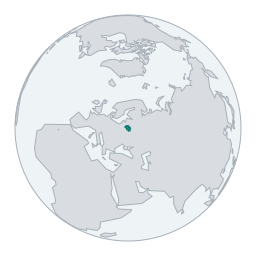 Vitebsk highlighted on a globe, orthographic projection, rotated 28°
{"feature_id": "BLR-2341", "entity_name": "Vitebsk", "entity_type": "Region", "adm_level": 1, "iso_a3": "BLR", "parent_name": "Belarus", "parent_adm1": "", "projection": "orthographic", "projection_center": [28.969, 55.191], "detail": "fine", "context": "on_globe", "style": "filled", "palette": "teal", "viewbox_px": 256, "rotation_deg": 28, "n_neighbors": 0, "source": "natural_earth", "source_scale": "10m", "svg_char_len": 11588}
<svg xmlns="http://www.w3.org/2000/svg" viewBox="0 0 256 256"><g transform="rotate(28 128 128)"><circle cx="128" cy="128" r="113" fill="#eef3f6" stroke="#a8b0b8"/><path d="M63.8,35.5L71.4,30.7L66.6,33.5L69.6,31.7L75.6,28.5L81.1,25.8L89.5,23.4L94.7,24.8L91.5,25.5L93.1,26.0L97.2,25.2L99.5,24.6L110.7,26.7L124.3,26.9L128.7,25.4L127.6,27.2L136.1,23.4L143.6,23.4L135.0,24.5L134.1,25.4L139.1,25.9L139.2,27.0L141.7,27.9L141.4,29.3L136.4,30.0L136.1,31.0L139.7,31.3L141.6,33.0L136.4,32.4L139.3,35.4L131.5,37.6L117.8,35.8L113.4,38.9L98.9,42.3L100.1,43.4L95.4,45.7L95.0,48.0L92.4,48.2L94.3,49.9L96.7,49.3L98.4,49.9L98.4,51.2L95.1,51.6L94.6,51.0L93.7,51.8L92.0,51.5L92.8,52.4L88.9,52.8L92.7,54.4L89.5,56.5L86.9,56.3L87.3,53.6L82.2,47.2L79.6,46.5L75.7,47.9L68.0,56.1L65.2,56.6L61.2,59.1L62.7,60.0L66.3,58.3L68.1,60.7L72.4,58.6L73.7,59.4L78.0,58.4L77.2,61.5L74.1,65.1L70.5,66.1L69.1,67.7L72.4,69.3L65.6,73.8L60.9,81.6L59.2,82.5L56.0,79.6L56.3,73.0L52.1,70.0L54.6,75.1L50.2,77.7L49.4,79.5L49.6,81.3L51.2,81.5L49.7,83.2L46.6,78.6L47.9,77.1L48.9,78.4L49.0,75.5L46.9,72.8L44.8,74.5L43.8,69.2L42.4,70.5L41.3,70.2L43.8,68.5L39.4,71.5L37.9,67.1L31.8,72.9L37.9,65.0L40.2,61.3L42.5,57.5L41.5,58.3L45.8,52.6L47.4,49.8L44.8,52.1L50.7,46.1L57.0,40.5L63.8,35.5ZM36.1,62.9L33.8,66.7L32.7,68.0L36.1,62.9ZM28.3,75.6L27.5,77.1L27.4,77.4L28.3,75.6ZM20.7,93.7L20.7,93.9L19.9,97.3L18.7,101.0L19.2,100.4L18.1,104.9L17.3,114.7L17.1,114.7L16.2,127.5L17.3,138.8L17.5,143.8L17.2,144.3L18.0,148.1L18.0,149.3L23.0,164.4L27.0,174.2L27.9,178.0L26.5,176.8L26.9,177.7L23.4,169.8L20.5,161.7L18.2,153.3L16.6,144.9L15.7,136.3L15.4,127.7L15.7,119.0L16.7,110.5L18.4,102.0L20.7,93.7ZM30.4,74.2L25.1,86.0L26.5,81.1L26.6,81.6L28.2,78.2L30.8,73.0L32.5,69.2L30.4,74.2ZM31.6,75.3L32.3,73.6L31.8,75.1L31.6,75.3ZM100.5,24.2L97.3,25.1L93.5,25.5L96.2,24.6L100.5,24.2ZM107.7,24.1L106.2,24.7L104.5,23.9L105.9,23.8L107.7,24.1ZM131.8,24.1L129.2,24.2L131.7,23.8L131.8,24.1ZM142.1,27.8L142.8,27.5L143.8,28.1L142.1,27.8ZM78.1,56.9L78.0,57.6L77.3,57.4L78.1,56.9ZM80.1,55.8L79.2,54.9L80.0,54.3L80.5,54.8L80.1,55.8ZM144.2,30.9L145.6,32.1L143.4,31.0L144.2,30.9ZM80.9,57.0L81.5,53.3L83.0,52.2L86.0,53.4L80.9,57.0ZM145.8,32.9L149.2,36.0L151.1,35.5L147.6,38.9L145.9,35.0L142.8,33.6L145.2,33.7L145.8,32.9ZM97.5,48.5L94.9,49.2L97.1,47.4L97.5,48.5ZM98.5,47.3L102.8,41.4L106.6,41.2L104.4,43.2L109.3,42.1L109.1,44.9L106.3,46.1L103.9,45.6L105.6,47.1L98.5,47.3ZM145.1,40.4L145.2,41.4L144.2,40.5L145.1,40.4ZM99.2,50.0L99.7,48.8L103.1,48.5L102.6,50.9L101.7,50.2L99.2,50.0ZM110.7,40.5L113.1,40.8L113.6,43.2L114.6,43.6L109.4,44.9L110.7,40.5ZM100.9,51.0L102.3,52.2L100.7,53.6L98.9,51.2L100.9,51.0ZM104.1,47.4L105.7,47.5L104.7,48.2L104.1,47.4ZM95.9,59.4L96.5,57.8L98.2,57.5L95.9,59.4ZM102.9,52.6L103.5,52.1L104.2,51.8L104.8,52.9L102.9,52.6ZM110.1,46.5L109.8,47.5L112.2,46.1L112.7,47.9L109.1,48.5L110.8,49.0L111.0,49.6L107.9,49.5L110.1,46.5ZM107.7,53.3L103.3,54.9L101.9,57.8L100.3,58.2L102.9,53.3L107.7,53.3ZM108.1,51.0L107.5,52.5L105.8,52.1L105.1,50.8L108.1,51.0ZM114.2,48.9L114.5,46.0L115.2,46.0L114.2,48.9ZM107.6,54.2L108.7,53.9L107.7,54.5L107.6,54.2ZM112.6,50.6L112.6,49.6L113.4,49.6L112.6,50.6ZM110.8,54.0L109.4,54.5L108.9,53.6L110.8,54.0ZM111.9,52.5L113.1,52.8L109.6,53.0L111.7,52.0L111.9,52.5ZM113.4,50.8L113.9,50.5L113.3,51.3L113.4,50.8ZM113.4,57.1L109.1,57.6L108.0,55.7L112.4,55.4L113.4,57.1ZM55.1,190.0L48.9,173.1L52.1,170.0L52.9,163.7L75.7,152.0L80.4,155.7L98.2,158.3L100.4,159.8L98.1,165.1L111.3,174.3L115.8,170.2L127.9,174.4L136.1,173.9L139.3,163.2L125.9,163.8L123.8,158.4L134.6,153.5L146.4,152.9L145.9,150.9L138.6,146.9L141.5,142.6L136.1,145.1L138.2,147.2L134.9,148.9L132.8,147.2L133.9,145.7L130.4,144.8L126.1,152.6L127.8,155.5L118.5,156.6L120.3,161.7L117.8,163.8L113.7,156.1L114.2,153.3L106.6,144.1L105.2,147.0L112.3,156.0L110.0,155.1L108.2,159.5L107.8,155.5L100.4,145.1L92.1,144.9L81.3,153.1L76.6,152.1L72.7,147.8L76.9,137.1L87.1,140.7L88.7,137.3L86.9,130.6L90.1,132.3L90.6,130.2L94.5,131.2L100.2,127.2L104.2,127.7L106.7,121.1L109.0,120.5L106.9,124.5L107.5,127.7L117.4,128.8L119.4,127.5L120.2,123.2L122.8,124.2L122.3,119.9L128.1,118.5L120.7,116.7L121.4,112.0L125.0,108.5L124.0,106.7L118.1,112.4L116.9,115.0L118.1,117.7L113.8,124.9L110.3,125.6L109.7,117.1L104.8,117.4L106.5,111.0L121.4,99.1L127.5,97.0L137.0,103.3L135.5,106.4L131.3,105.6L134.9,110.6L134.8,108.1L136.9,109.1L138.2,105.0L139.8,105.5L138.3,100.9L140.4,101.0L141.3,103.9L145.0,98.3L149.5,97.6L149.5,96.1L148.3,94.8L154.8,95.0L154.5,93.9L152.3,93.4L150.4,91.0L149.5,86.9L151.8,87.1L152.4,88.7L157.2,92.4L158.5,96.6L159.3,96.3L158.7,92.8L153.0,88.2L151.8,85.6L154.8,87.4L153.6,86.5L153.7,85.4L156.0,84.6L152.8,82.5L151.2,70.1L155.4,67.6L158.3,70.3L159.6,62.7L164.2,60.8L162.2,60.3L161.4,56.6L159.9,57.1L158.9,56.6L156.3,47.8L157.4,46.1L154.0,42.1L152.9,41.9L151.9,42.9L147.6,38.9L151.1,35.5L153.3,36.1L154.0,33.7L158.9,35.6L163.3,36.1L168.3,39.8L171.3,40.1L171.2,39.2L175.3,39.0L184.0,42.3L177.3,43.8L164.4,40.5L169.7,42.1L168.6,43.0L170.6,44.5L174.3,45.6L174.7,44.9L181.2,54.1L190.5,60.6L189.6,56.5L191.8,55.6L201.5,60.4L213.6,76.3L216.7,76.0L218.7,77.7L220.2,81.7L217.2,79.2L216.2,81.0L214.3,79.2L215.6,85.0L213.0,82.6L215.3,88.5L217.4,89.0L217.3,84.6L220.4,91.0L223.7,90.2L227.1,93.7L231.7,107.7L231.8,116.8L232.4,118.5L230.9,119.8L231.3,126.0L236.0,128.1L236.7,130.4L236.2,140.2L235.7,138.8L231.7,142.2L232.6,148.5L235.8,147.2L236.9,150.1L235.3,152.8L233.9,150.5L232.4,151.6L231.6,146.6L228.0,142.1L226.3,147.5L225.3,144.5L220.1,142.6L216.9,150.0L212.6,165.9L214.0,173.8L211.6,179.7L204.0,173.6L200.4,166.9L197.7,169.8L189.8,166.7L176.3,173.3L174.3,171.6L171.8,173.9L166.2,173.5L163.1,170.3L159.8,171.6L167.9,179.7L171.5,178.2L174.4,173.0L176.0,176.1L181.4,177.1L175.7,188.1L155.5,201.3L153.5,195.5L137.8,179.0L138.2,176.6L138.2,176.4L138.0,175.9L136.6,179.8L133.9,176.1L142.3,188.8L143.8,194.2L155.3,201.7L154.2,202.9L157.9,203.9L169.5,198.4L169.6,200.4L164.1,210.6L147.9,224.0L150.1,229.0L148.9,233.0L138.7,236.3L139.6,238.1L134.4,239.1L134.0,239.8L129.8,240.4L122.8,240.5L110.9,239.3L110.1,239.1L104.2,237.3L95.9,231.0L98.9,228.6L97.8,225.6L89.2,216.0L91.1,211.8L88.7,209.0L84.0,208.1L81.3,204.5L78.4,203.4L60.5,196.8L55.1,190.0ZM67.7,161.1L67.1,163.0L67.7,161.1ZM158.9,157.6L165.9,155.9L162.6,149.8L165.0,148.8L163.0,147.2L162.3,149.4L157.4,144.8L160.3,141.8L159.4,138.8L157.0,139.3L152.4,145.6L159.4,152.2L157.9,155.5L158.9,157.6ZM17.3,115.0L17.1,116.9L17.1,115.3L17.3,115.0ZM25.9,81.7L25.2,83.7L24.5,85.2L24.9,83.9L25.9,81.7ZM21.8,98.3L21.4,100.9L21.5,98.8L21.8,98.3ZM24.5,87.8L22.1,96.4L22.4,92.7L24.0,87.4L23.4,90.2L24.5,87.8ZM30.2,76.1L29.6,77.6L29.2,77.7L30.2,76.1ZM31.2,76.5L31.3,76.0L31.9,75.0L31.2,76.5ZM50.4,78.0L50.6,78.4L50.4,80.3L49.7,79.7L50.4,78.0ZM54.0,87.6L51.4,90.0L52.8,87.8L51.4,87.3L52.5,82.0L58.4,82.7L55.5,83.3L54.0,87.6ZM55.6,75.5L54.3,78.6L55.5,75.2L55.6,75.5ZM89.7,117.7L90.9,119.7L89.3,122.0L84.2,121.9L86.5,118.6L89.7,117.7ZM93.0,122.2L93.8,114.0L97.0,113.9L95.0,115.3L97.1,116.1L94.5,118.6L96.7,126.6L95.5,129.1L86.9,127.3L90.4,126.4L89.0,124.4L93.0,122.2ZM90.3,95.3L90.7,92.3L97.0,95.9L95.9,98.3L90.9,98.3L89.2,95.4L90.3,95.3ZM86.1,59.9L85.9,58.9L86.8,58.7L87.7,59.5L86.1,59.9ZM96.0,58.7L88.2,64.5L87.5,63.5L83.7,68.4L80.5,67.8L83.0,64.6L77.7,67.9L78.6,64.8L75.2,67.4L81.2,60.4L81.9,58.0L82.4,60.9L85.4,61.5L86.9,61.0L91.6,57.9L94.5,53.0L98.0,53.0L99.7,54.3L99.5,55.4L97.3,55.0L98.6,56.9L95.3,57.2L96.0,58.7ZM117.1,71.8L114.6,70.4L116.8,75.0L113.5,75.0L113.9,75.5L111.5,76.8L109.3,79.4L107.9,79.0L107.6,80.2L106.0,81.2L105.2,82.7L102.3,82.6L101.1,84.5L100.4,83.3L99.1,86.7L98.8,84.1L96.7,85.3L98.1,87.2L84.4,83.4L78.9,84.1L74.5,86.2L74.5,81.8L78.6,77.1L84.7,73.1L90.0,73.2L89.0,71.3L91.2,70.8L91.1,72.5L92.7,69.6L94.5,69.7L99.9,66.7L101.1,62.7L103.1,61.6L103.5,63.2L105.2,61.0L107.3,63.4L108.8,62.7L112.4,64.5L112.3,68.2L114.0,67.2L116.8,68.6L117.1,71.8ZM114.3,57.7L115.0,61.9L113.5,64.1L107.9,60.1L106.3,60.4L102.6,58.2L104.8,55.2L105.7,56.1L107.0,56.3L105.8,57.1L107.8,56.6L109.0,57.8L110.8,57.8L110.6,59.1L114.3,57.7ZM103.0,158.1L104.7,158.7L107.4,158.9L106.3,161.7L103.0,158.1ZM97.8,151.2L99.4,151.1L99.1,155.0L97.4,154.5L97.8,151.2ZM100.4,147.9L99.5,150.8L98.9,148.9L100.4,147.9ZM108.4,124.3L110.1,124.0L110.2,125.1L109.1,126.5L108.4,124.3ZM122.7,86.1L121.5,84.8L122.1,84.2L121.6,80.5L124.0,80.3L125.2,82.5L122.7,86.1ZM136.9,165.3L134.5,167.5L133.3,166.6L134.4,166.0L136.9,165.3ZM119.6,165.3L123.5,166.8L119.3,166.0L119.6,165.3ZM125.2,85.2L124.7,83.7L126.2,84.5L125.2,85.2ZM125.7,80.0L127.5,80.6L124.2,79.9L125.7,80.0ZM167.8,227.9L159.8,234.8L154.5,236.1L153.8,235.2L156.9,231.5L163.0,229.0L166.1,226.3L167.8,227.9ZM237.5,154.2L236.7,157.3L237.2,155.2L238.5,149.8L237.5,154.2ZM237.1,155.5L235.3,159.0L230.7,158.8L232.4,155.8L236.7,152.0L236.5,153.6L237.7,152.0L237.1,155.5ZM239.9,140.7L239.6,143.0L239.2,145.3L238.9,143.6L239.1,140.7L239.5,138.5L239.8,123.2L240.1,121.6L240.4,127.0L240.6,126.9L240.5,133.6L240.5,133.8L239.9,140.7ZM214.5,174.2L217.0,176.5L215.5,178.7L214.5,174.2ZM238.7,115.1L239.4,121.5L238.4,114.5L238.7,115.1ZM237.5,109.6L238.0,110.8L237.5,110.9L237.5,109.6ZM233.5,120.6L233.1,123.3L232.5,122.3L232.7,118.3L233.5,120.6ZM229.7,96.8L231.8,99.8L232.4,101.3L231.2,100.6L229.7,96.8ZM144.9,82.6L143.0,87.9L143.2,91.8L145.8,94.1L141.3,93.2L141.0,87.1L144.9,82.6ZM150.2,71.6L147.9,69.8L149.4,69.2L150.2,69.5L150.2,71.6ZM148.5,71.5L144.7,71.8L143.8,70.0L146.9,70.0L148.5,71.5ZM135.0,78.3L134.2,79.9L133.0,79.1L135.0,78.3ZM239.4,111.4L239.2,111.8L239.6,115.2L238.3,106.9L238.8,107.9L239.4,111.4ZM238.4,108.6L238.8,111.7L238.0,107.4L238.4,108.6ZM238.6,111.5L238.1,110.1L238.1,108.5L238.6,111.5ZM238.3,107.4L237.3,104.2L237.8,104.9L238.3,107.4ZM236.6,107.3L237.5,106.0L237.3,110.0L234.8,104.9L234.7,102.6L236.6,107.3ZM219.9,74.4L218.6,73.5L217.8,71.2L218.9,72.5L219.9,74.4ZM213.8,63.5L217.1,70.4L219.5,76.2L219.9,75.4L222.5,78.8L220.6,78.7L217.2,72.9L215.8,69.0L213.3,66.6L210.9,62.8L207.9,61.1L206.1,59.1L208.4,59.5L213.8,63.5ZM206.7,60.6L200.6,56.8L200.1,53.7L201.4,53.8L204.3,56.8L204.4,58.2L206.7,60.6ZM199.0,55.0L199.0,56.5L190.1,55.1L188.1,54.1L194.6,53.2L195.0,54.5L197.3,55.5L199.0,55.0ZM146.4,41.3L145.3,41.4L145.9,40.7L146.4,41.3ZM158.1,56.9L156.8,56.1L157.6,55.3L158.1,56.9ZM153.6,53.5L153.6,55.0L152.7,53.3L153.6,53.5ZM153.9,58.5L153.2,55.6L155.3,58.5L153.9,58.5Z" fill="#d9dde1" stroke="#a8b0b8" stroke-width="1"/><path d="M125.3,127.7L125.2,127.7L125.3,127.5L125.3,127.4L125.4,127.2L125.5,127.0L125.6,126.9L125.8,126.7L126.0,126.7L126.1,126.8L126.2,126.7L126.2,126.8L126.3,126.8L126.5,126.8L126.5,126.7L126.7,126.4L126.8,126.3L126.8,126.2L127.0,126.1L127.2,126.3L127.3,126.3L127.4,126.2L127.5,126.2L127.7,126.4L127.7,126.5L127.8,126.5L127.9,126.4L128.0,126.4L128.3,126.5L128.5,126.5L128.4,126.7L128.4,126.8L128.5,126.9L128.5,127.0L128.7,126.9L128.8,126.9L129.0,126.8L129.0,126.7L129.3,126.7L129.7,126.8L129.8,126.9L129.8,127.0L130.0,127.2L130.2,127.3L130.1,127.5L130.0,127.8L130.2,128.0L130.3,128.1L130.3,128.3L130.2,128.3L130.2,128.5L130.0,128.8L130.3,128.9L130.3,129.0L130.5,129.0L130.4,129.3L130.5,129.4L130.4,129.4L130.4,129.5L130.2,129.5L129.9,129.5L129.8,129.8L129.7,129.7L129.4,129.6L129.2,129.7L129.2,129.8L129.1,129.7L128.8,129.7L128.7,129.7L128.7,129.8L128.4,129.9L128.5,129.8L128.5,129.7L128.5,129.4L128.6,129.2L128.4,129.2L128.2,129.1L127.9,129.1L127.7,129.2L127.4,129.1L127.4,129.3L127.3,129.2L127.2,129.2L126.9,129.1L126.7,129.1L126.5,128.9L126.4,128.8L126.4,128.7L126.2,128.6L126.1,128.4L125.9,128.3L125.7,128.4L125.4,128.4L125.2,128.4L125.0,128.5L124.9,128.4L124.9,128.2L125.0,128.0L125.3,128.1L125.4,127.9L125.5,127.9L125.5,127.7L125.4,127.7L125.3,127.7Z" fill="#14b8a6" stroke="#0f766e" stroke-width="1.5"/></g></svg>